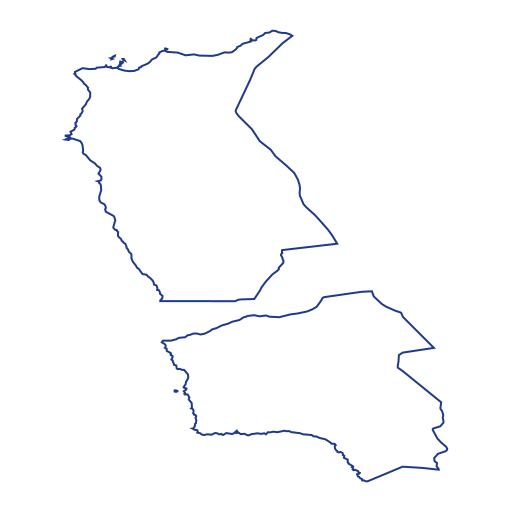 outline of Skagabyggð, Norðurland vestra, Iceland
{"feature_id": "244011B21592329160761", "entity_name": "Skagabyggð", "entity_type": "district", "adm_level": 2, "iso_a3": "ISL", "parent_name": "Iceland", "parent_adm1": "Norðurland vestra", "projection": "natural_earth1", "projection_center": [-20.226, 65.901], "detail": "fine", "context": "isolated", "style": "outline", "palette": "blue", "viewbox_px": 512, "rotation_deg": 0, "n_neighbors": 0, "source": "geoboundaries", "source_scale": "gbopen_adm2", "svg_char_len": 5950}
<svg xmlns="http://www.w3.org/2000/svg" viewBox="0 0 512 512"><path d="M292.3,35.8L289.7,34.2L285.8,33.0L281.9,32.9L278.2,32.2L275.7,31.0L272.3,30.7L269.5,32.5L265.2,33.0L263.1,35.0L257.7,37.4L256.5,38.1L256.3,39.9L255.5,40.4L252.1,40.4L251.6,39.3L250.8,38.9L250.4,40.1L250.8,41.5L242.4,43.9L240.6,45.7L237.3,47.0L237.2,47.7L235.7,49.5L232.1,52.1L229.4,52.6L224.4,52.4L217.6,54.9L212.4,55.9L199.4,55.6L194.0,54.4L185.6,55.3L177.7,52.6L167.4,51.9L164.6,50.6L162.6,50.9L159.3,52.5L159.3,53.7L158.5,54.2L156.4,57.4L151.8,59.6L149.8,62.1L147.1,63.9L141.3,66.3L141.0,67.2L139.1,67.6L138.6,69.3L134.2,70.9L129.7,71.2L124.4,70.6L119.1,69.0L117.8,68.3L117.9,67.7L117.5,67.5L112.5,68.3L110.5,67.5L111.0,66.8L110.8,66.6L109.4,67.3L107.1,67.0L106.2,65.3L105.8,65.4L105.6,66.4L104.4,67.1L96.9,67.6L95.5,68.8L89.4,69.1L82.5,68.2L75.0,71.9L75.0,73.4L74.5,73.8L75.6,74.3L75.6,75.6L81.2,80.1L83.5,82.5L83.7,83.4L85.5,84.7L88.1,87.8L87.8,88.9L88.0,89.6L90.2,92.5L90.2,96.5L89.3,98.9L87.1,101.4L85.7,104.5L82.0,108.8L82.7,110.8L81.9,112.9L80.3,114.3L80.4,115.5L77.0,119.0L76.8,121.5L75.3,123.1L75.7,123.9L75.5,125.0L76.5,126.0L76.4,126.5L74.7,127.9L74.8,128.5L74.2,129.8L70.5,131.7L71.6,134.1L69.7,135.3L64.8,135.6L67.2,136.5L69.2,136.6L70.1,137.5L65.4,139.5L68.7,140.0L70.5,138.7L73.0,138.7L80.1,141.1L81.5,142.8L82.4,144.7L83.2,150.8L82.7,152.1L83.5,153.8L85.8,155.0L90.3,160.4L94.8,163.3L97.2,166.0L100.1,167.9L100.6,169.9L98.5,173.7L101.4,176.7L101.4,179.5L100.9,180.4L97.7,181.2L99.0,181.7L99.1,182.9L100.6,184.3L101.0,186.4L101.2,190.2L99.2,196.7L99.3,200.1L100.8,202.5L104.1,204.1L105.2,205.5L105.9,207.9L105.1,209.4L105.8,211.7L113.5,215.9L114.2,216.8L115.3,220.2L113.3,227.2L113.5,228.0L115.3,229.9L116.6,230.0L117.1,231.1L118.1,232.0L118.0,235.6L118.4,236.6L121.2,239.2L121.7,240.8L123.1,241.7L123.4,242.6L125.4,243.8L126.6,247.0L126.5,247.8L127.9,249.3L128.9,251.7L131.4,254.2L131.5,258.6L133.0,262.0L135.5,265.0L137.3,268.0L138.6,268.7L142.6,274.1L146.5,274.7L148.2,276.7L149.7,277.6L152.7,280.6L153.6,282.4L154.1,284.6L156.0,285.2L156.9,286.2L157.4,288.5L157.1,289.9L158.9,290.2L159.9,292.2L160.0,293.7L162.6,296.0L162.2,298.5L160.3,300.3L160.3,301.1L235.2,301.2L238.1,299.8L241.4,299.4L254.3,299.0L260.0,290.5L261.5,287.4L266.0,281.4L272.4,274.4L277.9,270.3L278.9,269.1L278.7,267.8L283.2,263.0L283.5,260.6L282.6,259.3L282.6,258.0L281.0,255.2L281.1,254.3L282.3,253.0L281.9,252.0L282.1,250.1L337.2,243.7L332.1,235.3L327.7,229.3L315.2,215.3L306.2,207.2L303.5,204.1L300.0,196.0L299.6,193.4L300.0,188.0L299.5,184.7L298.0,179.8L294.2,172.9L286.5,165.7L275.5,156.3L270.8,149.8L259.8,141.2L251.9,129.2L238.7,116.1L236.5,113.2L235.7,111.4L235.9,110.0L250.1,79.9L254.7,68.8L256.6,66.6L268.6,56.8L282.6,43.2L292.3,35.8ZM361.6,291.8L323.8,297.2L322.2,298.4L321.3,300.4L316.7,306.8L312.0,309.5L307.0,311.5L297.4,313.5L290.8,314.3L279.3,317.2L269.6,316.7L265.8,315.5L259.7,316.3L254.1,315.2L247.3,316.0L246.3,316.7L244.0,317.1L239.4,320.0L232.0,321.8L228.6,323.5L221.7,325.5L216.5,328.1L212.1,329.4L210.1,331.0L204.7,333.7L200.6,334.5L196.6,333.5L193.2,333.6L189.6,335.0L187.5,335.3L185.3,337.2L178.7,337.9L176.2,339.3L170.7,340.7L162.8,340.7L161.8,342.3L164.6,344.0L165.6,345.3L165.6,347.4L165.0,347.9L166.7,348.9L166.8,351.0L170.6,352.9L170.5,353.8L171.0,354.0L170.8,355.1L172.5,356.0L172.7,357.0L171.4,359.6L172.8,360.5L172.9,362.1L173.8,363.3L173.9,364.8L176.3,365.5L176.7,368.5L177.6,369.1L179.9,368.9L182.2,369.9L184.1,369.9L188.0,374.5L188.2,377.6L187.7,379.1L186.0,381.9L185.6,384.3L183.6,387.0L183.7,387.5L186.5,388.5L186.3,389.5L183.8,391.2L185.1,392.8L185.2,393.3L184.4,393.8L184.6,394.4L187.6,394.5L188.7,396.2L189.4,397.7L188.8,398.7L188.8,399.6L191.7,403.0L191.9,407.6L191.2,408.4L192.5,408.8L193.2,409.7L193.6,411.2L193.2,413.4L193.8,413.8L194.0,414.6L195.4,415.0L196.3,416.1L195.5,417.8L196.3,420.1L196.0,423.0L195.0,424.0L195.0,425.4L194.4,427.1L193.8,427.5L193.5,428.5L192.5,428.6L194.4,429.7L197.3,430.2L197.7,431.4L197.3,432.6L200.1,433.2L201.8,434.6L203.9,435.0L207.4,434.3L211.5,434.7L215.1,433.0L217.2,433.3L219.4,434.4L221.5,433.9L222.2,434.8L223.3,434.9L226.2,433.1L232.1,434.0L233.7,433.4L236.8,430.7L237.4,431.7L236.8,432.9L238.6,432.7L240.7,434.1L244.6,433.8L247.3,435.2L248.5,435.4L251.6,434.1L257.7,433.3L261.1,433.9L264.3,433.3L266.0,434.3L268.0,432.2L269.9,432.4L273.3,431.7L277.4,432.2L284.5,430.7L286.1,431.2L289.3,431.1L291.1,432.1L300.0,433.2L303.0,434.3L311.7,435.0L313.4,436.3L316.4,436.5L320.1,438.1L325.2,439.2L330.6,442.6L331.3,443.6L334.7,443.9L335.7,445.2L334.8,445.8L334.9,448.3L335.9,450.0L337.3,451.1L337.4,451.9L338.9,452.4L340.2,451.9L342.4,452.8L343.0,454.1L342.8,455.0L344.3,455.8L343.9,457.8L347.7,459.6L347.7,462.1L348.4,462.7L348.4,463.5L352.9,466.3L352.0,467.2L353.1,467.9L352.6,469.3L353.5,470.2L355.2,469.8L358.1,471.1L358.5,472.3L359.8,472.9L359.5,473.5L357.1,474.2L357.9,476.4L359.1,476.9L360.3,478.4L362.0,479.0L362.5,479.8L362.3,480.4L364.1,480.5L366.0,481.3L367.6,481.3L402.6,466.7L422.3,467.9L438.7,469.7L438.6,468.9L436.6,466.4L437.0,463.0L434.6,461.2L434.1,458.2L438.0,453.8L445.3,451.3L446.3,450.8L447.2,449.4L447.2,448.7L446.2,446.8L441.0,442.4L437.4,438.5L432.8,430.0L432.7,429.1L433.2,428.5L440.3,426.3L443.4,422.7L443.5,421.1L442.7,417.7L443.2,415.9L443.0,414.1L442.1,411.2L440.7,409.3L440.4,408.2L441.2,402.3L403.0,371.3L397.9,367.7L397.6,366.6L398.5,361.5L398.9,355.1L402.7,352.6L433.9,347.9L402.9,316.9L401.1,312.7L395.0,310.6L386.0,306.6L382.0,304.1L373.8,296.5L371.9,291.3L361.6,291.8ZM120.0,65.0L122.9,62.6L122.9,62.2L120.3,61.5L120.0,62.7L120.3,63.5L119.6,64.6L120.0,65.0ZM176.0,391.9L176.4,391.5L178.2,391.3L175.7,390.3L174.6,390.5L174.6,391.5L176.0,391.9ZM165.7,49.3L168.2,49.2L164.4,48.2L165.7,49.3ZM111.8,57.2L114.7,56.5L114.9,55.7L111.8,57.2ZM124.8,60.6L123.8,59.0L122.6,59.0L123.0,59.8L124.8,60.6ZM111.3,59.3L112.6,58.9L112.1,58.6L112.3,57.9L110.7,58.2L111.4,58.6L111.3,59.3ZM118.6,66.2L119.2,66.1L120.0,65.9L119.3,65.5L118.6,66.2Z" fill="none" stroke="#1e3a8a" stroke-width="2"/></svg>